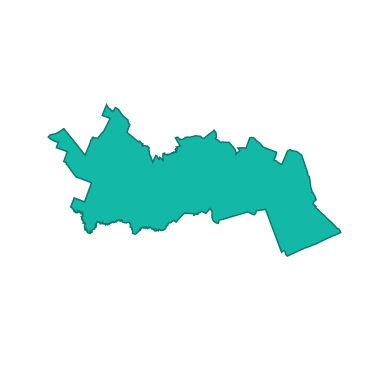 Cobia, Dâmbovita, Romania (Natural Earth projection), rotated 109°
{"feature_id": "2599482B99915860347506", "entity_name": "Cobia", "entity_type": "district", "adm_level": 2, "iso_a3": "ROU", "parent_name": "Romania", "parent_adm1": "Dâmbovita", "projection": "natural_earth1", "projection_center": [25.357, 44.815], "detail": "fine", "context": "isolated", "style": "filled", "palette": "teal", "viewbox_px": 384, "rotation_deg": 109, "n_neighbors": 0, "source": "geoboundaries", "source_scale": "gbopen_adm2", "svg_char_len": 6121}
<svg xmlns="http://www.w3.org/2000/svg" viewBox="0 0 384 384"><g transform="rotate(109 192 192)"><path d="M186.9,345.8L188.2,342.0L188.0,341.0L188.5,339.7L188.5,339.1L188.8,337.9L188.4,334.6L194.2,334.7L194.4,323.0L205.0,323.2L205.0,320.1L206.5,320.1L207.6,317.8L212.4,311.3L215.5,306.4L215.9,290.0L236.3,290.4L235.9,301.5L245.7,301.8L246.6,299.2L248.4,297.5L247.6,297.3L247.9,296.6L248.2,296.2L249.1,296.1L249.5,295.1L248.9,293.8L248.6,293.9L247.9,293.5L247.6,294.1L246.6,294.0L246.8,292.6L247.7,292.5L247.0,291.7L247.9,291.5L247.7,290.8L248.1,290.5L246.9,289.7L247.0,289.4L247.3,289.5L247.4,288.4L248.3,288.7L248.1,288.4L248.9,288.3L249.0,287.8L250.0,287.9L250.4,287.6L250.6,287.9L251.5,287.6L251.6,288.3L252.1,287.6L252.6,287.8L253.0,287.3L253.6,287.3L253.8,286.9L253.7,286.3L253.9,286.2L254.0,286.6L254.6,286.4L254.7,286.2L254.2,286.0L255.0,285.6L255.0,285.3L255.6,284.7L256.7,284.8L256.2,283.8L256.4,283.6L256.8,284.0L256.9,283.3L256.4,282.7L256.9,282.2L257.1,282.3L257.2,282.7L257.6,282.5L258.4,282.7L260.4,282.1L261.3,281.5L260.9,280.6L261.9,280.5L262.1,281.1L262.5,281.0L262.7,280.7L261.9,280.4L261.7,280.0L262.6,279.6L262.7,279.2L262.4,278.7L262.8,278.1L263.3,278.7L263.2,278.3L263.7,278.4L264.4,277.3L264.4,276.1L263.8,275.9L264.2,275.8L264.2,274.7L263.8,274.8L263.7,275.2L262.7,275.1L263.6,274.7L262.7,273.5L262.2,273.6L262.0,274.3L261.4,273.8L260.4,273.9L258.9,272.8L258.7,272.1L257.8,272.5L256.9,271.7L255.4,272.3L255.6,271.7L255.1,271.9L254.9,271.4L254.3,271.7L254.0,272.4L252.9,272.0L252.6,272.2L250.8,271.8L251.1,270.6L250.3,269.4L251.7,268.7L251.9,268.2L251.2,268.1L251.0,267.8L251.3,267.2L250.9,267.1L250.9,266.2L250.0,266.2L250.4,265.9L250.4,265.6L251.0,265.0L250.5,264.1L250.9,263.5L250.2,263.7L250.0,263.3L250.1,262.8L250.5,262.7L250.1,261.8L250.6,261.5L250.4,261.2L250.0,261.4L249.9,260.9L249.1,261.1L249.3,260.0L248.5,259.7L247.8,258.6L247.0,258.6L247.1,257.9L245.8,257.0L246.1,256.5L245.9,256.0L246.2,255.9L244.9,254.5L244.9,253.9L243.2,253.9L243.4,252.8L242.7,252.5L242.7,251.7L242.3,251.3L242.7,251.0L242.9,250.4L242.4,250.1L242.4,249.3L241.6,249.6L241.9,249.0L241.7,248.7L243.0,247.9L242.9,245.3L242.4,243.6L241.7,243.3L241.1,241.7L241.1,241.0L242.4,240.4L242.4,239.6L245.2,239.0L245.2,237.7L245.5,237.1L246.7,237.0L246.9,236.8L246.7,236.5L249.0,235.1L250.1,235.0L250.4,234.4L250.5,232.5L250.0,231.6L248.9,230.7L247.8,230.5L247.1,229.9L245.9,229.7L245.8,229.2L245.1,228.6L244.4,228.4L244.6,229.1L244.1,229.1L243.8,228.4L242.3,228.5L242.1,228.2L242.5,227.9L241.9,227.7L241.8,227.1L241.4,227.0L241.9,226.3L241.7,225.7L240.6,225.1L241.1,224.8L241.4,224.0L240.2,223.4L240.2,223.2L240.6,223.0L240.0,222.4L240.5,222.1L240.2,222.0L240.3,221.1L239.6,221.3L239.5,220.9L239.0,220.8L239.2,220.4L239.0,219.5L239.5,218.9L239.2,218.5L239.9,218.2L240.0,217.2L239.3,215.6L240.2,216.0L240.4,215.0L240.8,214.4L240.2,214.2L240.6,213.8L240.2,213.1L239.4,212.9L239.9,212.4L238.6,211.6L239.1,211.2L237.9,211.1L237.9,210.8L238.6,210.7L238.1,210.1L238.7,209.0L237.9,208.3L237.6,206.9L235.3,205.1L233.0,205.2L232.0,205.0L231.7,204.1L229.3,204.2L228.7,203.8L228.0,202.3L225.6,200.8L224.8,199.7L224.7,199.3L225.4,198.3L225.6,197.2L221.7,195.8L214.0,192.0L214.4,191.0L213.2,188.6L212.8,186.0L212.1,184.4L212.1,183.5L213.1,182.9L212.6,182.5L212.9,182.0L211.8,181.8L211.8,180.8L211.1,180.0L211.3,179.3L210.7,179.1L210.0,179.4L209.5,179.3L209.3,178.2L208.2,177.4L207.1,177.2L207.7,171.9L204.0,170.5L201.6,169.2L202.5,168.5L203.7,166.8L209.6,164.8L211.5,163.3L212.8,161.6L213.3,159.3L213.2,157.0L212.1,156.8L211.3,157.3L209.7,157.2L207.3,153.3L192.9,133.1L192.8,131.2L193.3,128.7L193.4,125.9L191.1,124.7L189.0,125.3L184.4,116.8L219.8,87.7L218.3,87.0L217.3,85.7L218.4,84.3L220.6,82.9L221.6,81.1L208.5,67.4L204.6,62.4L202.8,60.8L202.7,60.4L201.1,58.3L192.1,49.3L188.2,45.2L185.7,42.1L181.9,38.2L180.5,39.3L179.2,41.2L179.2,42.8L175.6,49.6L172.6,56.7L171.2,59.0L170.4,61.7L167.3,67.6L167.0,69.1L165.9,70.7L165.3,70.1L163.9,73.8L161.3,73.5L158.9,72.1L156.5,74.0L153.0,77.8L153.2,78.4L151.9,78.9L149.0,81.2L144.6,83.2L139.2,86.2L138.4,88.2L136.7,88.6L121.4,100.3L119.6,106.2L120.4,110.7L120.3,112.3L120.0,112.8L121.5,114.7L123.0,115.1L136.3,116.0L136.7,116.4L136.1,120.5L135.2,122.1L135.1,125.1L131.8,124.6L127.2,124.8L126.9,125.2L126.4,138.9L126.1,139.9L123.9,143.5L122.2,148.4L121.1,150.2L120.7,152.0L121.3,153.9L121.8,155.0L133.1,155.2L133.2,156.9L135.4,162.9L136.3,161.4L137.5,160.3L140.2,162.1L142.0,162.6L138.1,164.7L132.9,173.1L133.7,175.1L134.7,179.0L135.9,181.2L135.0,182.7L133.9,187.2L131.8,186.9L128.2,188.6L126.3,191.3L128.1,192.0L132.1,195.0L137.2,198.0L137.7,200.0L136.6,202.1L137.6,206.8L141.3,212.4L141.4,213.9L142.5,215.7L142.6,216.2L143.2,216.2L143.9,216.7L145.9,218.9L145.9,220.2L146.4,220.7L145.0,222.6L145.0,223.3L145.1,224.0L146.2,225.3L152.3,218.2L152.8,218.3L154.5,221.4L155.9,219.7L157.3,220.4L156.5,221.5L157.1,221.7L158.2,219.9L158.5,220.0L158.9,219.7L159.5,220.1L159.2,220.8L160.7,221.7L160.2,222.3L160.7,222.7L161.0,222.3L161.5,222.9L161.2,223.2L161.5,223.7L161.8,223.4L163.7,225.7L164.2,226.7L164.5,226.6L164.9,226.9L165.2,227.7L164.6,228.0L165.1,228.8L165.3,230.0L164.2,230.4L164.3,231.0L165.5,231.9L171.7,229.6L170.1,232.5L169.8,234.0L171.6,233.7L171.9,233.8L171.8,234.2L170.0,236.5L169.5,236.8L169.2,238.2L176.7,238.7L172.6,241.9L169.9,244.6L166.6,246.1L166.3,247.1L164.6,246.8L163.9,247.2L163.5,248.5L163.1,249.0L163.7,249.2L163.6,250.1L163.4,250.2L163.7,252.3L164.0,253.1L164.5,253.2L164.6,253.9L162.6,254.0L162.4,254.4L162.9,254.8L162.8,255.3L161.9,256.3L162.0,256.9L161.7,256.9L161.0,257.7L161.2,257.9L161.2,258.4L162.0,258.4L162.1,258.8L156.8,272.9L148.4,272.8L147.7,274.3L144.7,276.1L142.4,282.4L137.8,288.5L137.2,292.0L140.8,292.4L140.8,293.4L141.9,293.6L141.4,294.8L140.3,295.8L140.0,297.6L139.5,298.5L138.3,300.4L137.4,301.2L148.8,301.8L149.1,293.3L163.4,295.3L165.0,296.2L171.9,298.7L172.6,302.0L172.3,303.3L173.2,303.5L173.2,303.9L175.2,303.9L175.8,304.5L177.1,304.6L177.7,304.2L192.0,305.1L183.5,318.4L183.1,319.4L182.0,320.6L176.7,329.4L173.9,333.6L174.0,334.0L177.6,336.5L180.6,339.3L181.8,340.6L184.1,344.7L186.9,345.8Z" fill="#14b8a6" stroke="#0f766e" stroke-width="1.5"/></g></svg>